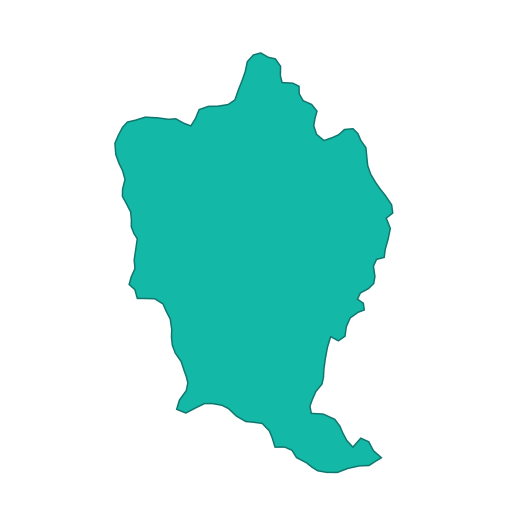 São Félix de Minas, Minas Gerais, Brazil, rotated 100°
{"feature_id": "56859067B81649197626809", "entity_name": "São Félix de Minas", "entity_type": "district", "adm_level": 2, "iso_a3": "BRA", "parent_name": "Brazil", "parent_adm1": "Minas Gerais", "projection": "orthographic", "projection_center": [-41.443, -18.569], "detail": "fine", "context": "isolated", "style": "filled", "palette": "teal", "viewbox_px": 512, "rotation_deg": 100, "n_neighbors": 0, "source": "geoboundaries", "source_scale": "gbopen_adm2", "svg_char_len": 1990}
<svg xmlns="http://www.w3.org/2000/svg" viewBox="0 0 512 512"><g transform="rotate(100 256 256)"><path d="M161.3,412.6L169.5,414.5L180.4,411.7L188.7,406.9L195.0,402.3L203.3,398.3L213.3,399.0L220.5,397.9L226.8,392.8L234.4,387.1L241.9,385.0L248.8,383.9L254.8,380.3L259.7,375.9L269.3,375.6L281.1,375.3L289.4,373.0L298.5,375.3L306.1,376.0L310.2,369.4L318.4,365.5L317.0,357.2L315.7,348.2L319.4,339.2L325.3,335.3L333.0,329.5L343.0,326.2L350.4,325.2L358.4,322.9L365.5,318.7L372.9,311.4L380.9,307.1L387.0,303.6L392.9,301.1L400.7,301.3L411.2,306.4L420.8,307.5L422.8,297.8L415.8,288.7L410.3,281.1L408.9,273.3L408.9,263.6L411.0,256.7L417.1,247.4L420.8,237.3L420.2,230.7L419.8,220.8L425.9,212.5L432.4,208.4L440.9,204.1L439.2,194.4L441.1,186.8L447.5,181.1L450.9,170.3L454.3,164.1L456.8,158.0L456.8,148.6L455.0,138.2L449.2,128.6L444.7,117.6L442.7,108.3L437.7,103.0L432.9,97.5L427.4,106.5L419.4,112.7L417.2,121.2L427.4,127.4L421.9,134.6L414.8,140.1L409.2,143.7L403.2,150.0L400.0,162.4L401.4,174.2L394.6,176.8L388.0,175.7L379.2,173.6L370.7,168.8L363.8,168.5L355.7,169.5L345.4,169.9L333.4,169.8L322.5,168.5L325.2,160.1L319.5,154.4L310.1,154.8L300.6,152.5L293.8,145.8L290.3,140.0L283.9,142.1L280.9,148.6L274.3,146.8L268.6,139.6L262.6,135.3L255.6,135.3L245.6,138.6L238.4,136.7L235.1,129.5L227.2,129.9L216.2,128.8L205.6,128.5L196.1,134.3L189.9,128.8L182.1,131.3L173.8,139.3L168.4,145.4L162.7,151.1L155.5,157.3L147.6,161.7L140.2,163.8L130.2,166.6L124.1,172.8L117.9,176.8L113.8,182.6L116.1,190.9L122.1,195.5L125.8,200.8L130.5,209.1L125.7,217.5L117.6,221.8L110.1,221.8L102.8,221.1L97.1,227.5L94.9,236.5L88.8,241.6L81.4,243.1L79.4,249.8L80.7,260.4L74.2,263.3L65.0,264.7L58.5,271.2L58.2,278.4L55.2,286.6L58.5,293.5L66.1,298.3L76.2,298.6L84.9,300.0L95.0,302.1L106.0,303.9L111.7,309.8L115.2,319.9L116.9,328.9L121.7,337.4L131.2,339.5L139.2,342.7L137.7,350.5L134.8,358.8L136.6,365.9L137.0,376.7L138.5,389.2L143.2,398.3L146.4,405.9L152.5,409.8L161.3,412.6Z" fill="#14b8a6" stroke="#0f766e" stroke-width="1.5"/></g></svg>